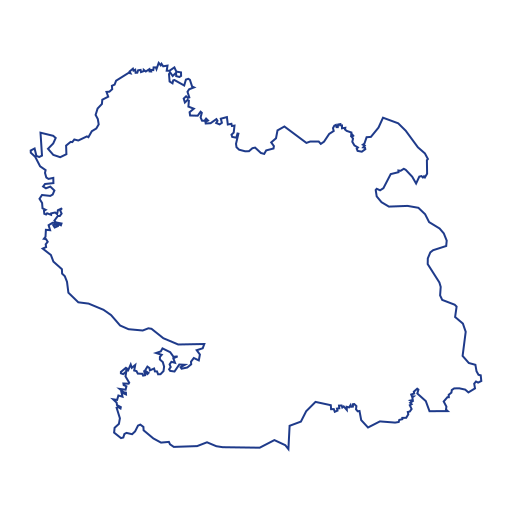 Si Songkhram, Nakhon Phanom, Thailand
{"feature_id": "78962969B490988164886", "entity_name": "Si Songkhram", "entity_type": "district", "adm_level": 2, "iso_a3": "THA", "parent_name": "Thailand", "parent_adm1": "Nakhon Phanom", "projection": "albers", "projection_center": [104.23, 17.647], "detail": "fine", "context": "isolated", "style": "outline", "palette": "blue", "viewbox_px": 512, "rotation_deg": 0, "n_neighbors": 0, "source": "geoboundaries", "source_scale": "gbopen_adm2", "svg_char_len": 5969}
<svg xmlns="http://www.w3.org/2000/svg" viewBox="0 0 512 512"><path d="M42.7,248.6L50.9,255.0L53.4,261.6L61.9,269.2L62.1,273.6L64.8,276.2L67.0,281.8L68.4,292.7L78.3,302.3L88.6,303.6L103.5,309.8L111.1,315.1L120.1,325.5L128.5,329.2L142.7,330.5L148.4,328.3L151.5,328.8L163.3,338.2L178.2,344.5L204.3,344.0L202.7,348.3L196.7,350.2L199.9,354.5L198.8,360.4L193.8,358.0L191.0,361.7L191.2,364.3L187.3,367.5L181.6,368.7L180.6,367.2L184.9,364.8L179.3,364.5L174.5,371.5L170.2,370.9L169.1,369.3L170.7,367.0L169.6,364.4L171.4,361.8L175.0,362.8L173.3,358.3L177.6,356.4L173.5,356.8L170.2,352.2L162.5,348.4L160.8,351.4L156.1,353.0L161.7,354.8L159.9,356.9L159.9,359.5L162.8,362.1L164.1,366.6L163.5,371.1L160.5,374.2L158.1,374.3L157.0,371.4L154.9,371.4L154.1,368.5L149.9,370.4L149.5,368.1L147.4,366.6L145.0,370.6L148.5,372.9L147.4,374.1L144.4,372.2L145.1,375.2L143.1,375.6L142.3,373.8L137.8,373.6L136.5,371.1L134.2,370.5L135.2,365.0L131.8,367.8L130.7,364.5L128.0,370.6L126.3,370.2L126.8,368.4L125.9,367.8L120.9,371.9L120.9,373.3L123.2,374.1L126.3,371.5L125.5,376.4L129.2,382.7L128.6,383.7L123.4,383.5L123.7,385.1L126.4,386.3L125.6,389.7L119.6,388.9L123.7,392.3L125.9,392.6L126.0,394.4L121.5,392.5L122.5,396.7L118.4,395.5L117.1,399.9L113.1,399.3L116.6,402.6L117.0,405.1L120.8,407.1L120.5,408.5L118.0,407.0L116.6,407.7L119.9,418.3L118.9,423.9L114.6,427.8L114.1,432.6L121.0,438.1L123.3,437.5L124.4,434.0L126.5,432.9L132.1,434.2L135.1,431.4L138.0,425.6L140.3,424.6L143.4,426.9L143.6,430.3L153.3,438.4L161.0,442.6L168.9,441.9L170.0,444.3L173.8,446.9L197.1,446.1L207.0,442.3L216.3,446.2L222.7,447.2L259.7,447.7L274.4,440.1L285.3,445.2L288.4,449.1L289.6,425.8L300.9,421.6L306.2,411.2L315.5,401.9L330.8,405.2L331.1,409.2L333.8,409.1L334.8,411.8L337.5,410.6L337.0,408.6L339.3,408.3L339.0,405.6L341.6,405.5L342.3,407.5L343.7,406.4L346.8,409.9L346.7,406.8L349.1,407.4L350.6,405.0L351.2,406.8L352.9,406.6L353.0,404.2L354.2,404.0L356.4,406.1L356.0,409.3L357.7,411.3L359.5,411.0L361.2,420.1L368.0,427.5L379.9,421.4L395.1,422.6L398.7,422.0L399.3,419.9L402.3,419.2L402.3,417.9L406.2,417.8L408.3,414.3L407.8,412.0L409.8,411.5L411.6,409.0L409.8,405.2L411.6,404.2L410.2,402.8L412.3,401.4L410.6,400.5L412.8,400.0L412.3,397.4L413.6,396.4L411.9,396.3L411.2,394.5L414.2,393.5L413.8,391.7L417.2,388.7L418.4,389.6L417.3,393.5L425.8,401.1L429.5,411.2L447.7,411.1L446.0,409.5L446.4,406.6L443.7,401.5L447.4,397.2L448.8,397.2L448.7,394.8L451.4,392.6L451.8,390.0L454.2,388.4L459.2,388.3L465.2,389.6L468.4,392.4L475.0,388.4L474.2,383.7L476.0,381.5L478.1,382.6L481.3,381.0L480.7,375.3L478.5,374.8L476.5,371.2L475.4,364.8L468.8,363.0L462.6,355.9L465.7,331.8L462.9,323.6L455.1,317.0L456.6,306.6L454.7,304.7L442.2,299.9L440.1,295.4L440.7,286.9L439.4,282.5L427.7,264.1L427.8,258.4L430.3,252.4L433.1,250.2L446.2,246.0L446.7,240.6L443.8,233.4L439.6,228.5L429.1,222.1L425.1,214.2L418.4,207.8L407.6,205.9L388.9,206.6L381.5,202.2L376.7,196.4L375.7,190.0L376.7,188.8L380.1,190.3L383.4,188.2L390.7,174.1L398.5,172.2L398.4,170.5L400.6,170.8L403.8,168.8L405.7,169.8L412.2,176.7L416.1,183.5L419.3,176.6L421.5,176.1L422.9,177.5L424.0,176.3L424.9,177.4L427.1,173.7L426.9,160.2L427.9,159.0L424.9,153.4L417.9,147.3L405.7,130.7L398.2,123.3L383.0,117.7L378.5,127.6L370.9,136.9L366.6,137.2L364.4,143.6L362.9,144.7L364.7,145.6L363.2,147.4L365.0,147.7L365.3,149.2L361.8,151.7L357.6,150.9L356.7,148.7L357.9,147.5L354.4,145.4L352.3,141.8L353.0,138.6L351.8,137.0L353.3,135.8L352.2,134.5L351.2,135.2L351.4,132.5L346.7,130.9L345.0,129.5L345.3,127.8L342.0,128.3L342.0,125.4L340.2,125.3L340.3,124.1L338.1,124.5L337.8,127.1L336.5,127.1L335.9,124.9L334.3,125.7L333.0,128.1L333.7,131.0L329.2,133.9L324.0,141.7L320.8,143.9L318.7,141.5L310.3,141.5L306.4,142.9L284.4,126.5L277.5,130.4L276.0,138.3L271.2,142.4L273.9,146.1L273.5,148.5L266.2,150.4L264.2,153.9L260.9,153.0L255.1,147.6L252.4,148.2L249.0,151.2L245.2,151.3L239.1,149.7L236.5,147.2L236.0,143.8L238.4,133.7L237.5,133.5L236.3,137.7L232.2,136.9L231.5,134.7L233.7,132.6L234.5,125.6L231.9,126.0L231.4,123.8L227.8,124.5L226.9,117.1L220.8,118.7L221.9,122.8L219.6,124.4L216.2,123.0L217.5,120.8L216.4,119.1L210.6,123.2L205.7,123.5L205.4,121.8L208.0,120.5L206.1,118.6L204.5,120.8L202.0,120.7L200.6,117.4L201.8,112.8L200.6,111.7L197.7,115.7L190.1,115.5L189.6,112.2L193.8,108.7L188.4,106.6L188.9,100.7L187.6,99.9L184.9,102.5L183.7,98.6L186.1,96.3L187.9,97.9L189.3,97.4L187.5,91.8L189.1,89.3L194.0,87.4L192.1,86.5L189.9,79.8L188.3,78.8L185.9,79.6L184.2,85.5L174.4,80.0L173.2,80.4L172.5,83.3L169.6,81.5L169.0,74.1L170.1,72.3L172.7,76.0L176.1,72.7L176.2,76.1L179.4,77.0L181.1,75.9L181.0,72.4L176.3,71.6L174.4,67.4L169.4,70.8L166.7,70.7L167.5,65.6L163.2,66.3L161.5,63.8L160.7,65.3L158.7,62.9L156.5,69.1L155.9,67.4L153.6,67.4L153.3,70.1L151.0,69.9L151.2,71.5L149.5,71.4L149.3,69.2L145.8,71.5L143.8,69.9L143.8,71.1L141.0,72.1L140.6,69.9L138.1,70.3L137.3,72.7L135.6,72.8L135.2,69.7L133.5,70.6L132.9,68.7L129.6,71.5L130.5,73.3L128.7,72.8L116.1,80.7L114.6,84.6L111.9,85.8L112.2,89.2L109.4,91.7L106.5,91.9L108.2,96.7L102.3,99.7L101.9,104.0L97.6,108.5L95.6,114.9L97.8,119.0L98.7,124.4L96.3,128.5L91.8,131.2L88.4,137.2L86.9,136.4L78.3,140.5L74.3,139.5L72.3,142.1L70.6,141.9L66.1,145.6L66.4,154.2L60.2,157.2L53.3,154.9L48.0,148.8L53.2,143.5L55.7,138.0L53.2,135.8L40.5,132.7L42.0,155.6L39.2,157.0L36.4,155.9L34.6,148.5L30.7,150.5L30.8,152.7L35.2,156.8L40.1,166.3L45.6,170.1L45.0,172.9L46.3,177.5L48.5,178.9L53.3,177.9L53.4,183.1L45.0,184.0L43.1,186.5L45.9,188.3L50.3,186.6L54.4,190.5L52.7,194.5L50.3,195.9L42.0,195.0L39.5,198.8L42.1,203.0L42.5,208.3L45.6,209.8L44.0,210.7L44.3,213.8L46.1,214.5L47.1,213.3L51.1,214.8L51.1,213.4L55.1,212.5L57.1,214.1L57.9,210.2L62.0,208.3L60.1,210.3L61.6,213.6L59.8,216.0L57.8,216.0L54.4,220.6L55.9,222.4L61.5,223.5L60.9,225.3L56.6,223.6L56.3,224.9L58.1,224.8L58.0,226.0L54.7,227.5L53.2,225.1L54.7,224.7L54.4,222.9L52.7,222.7L48.6,225.2L50.1,230.2L45.9,229.8L45.5,236.8L43.9,238.8L46.0,239.1L47.7,241.8L45.7,244.3L46.1,247.1L42.7,248.6Z" fill="none" stroke="#1e3a8a" stroke-width="2"/></svg>